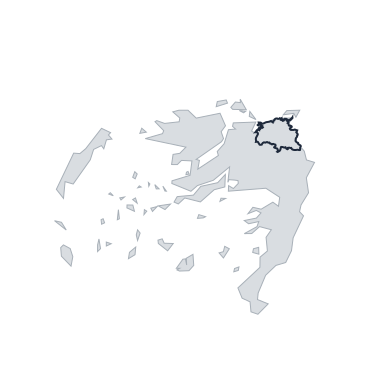 Ipeiros highlighted on a map of Greece, rotated 120°
{"feature_id": "GRC-2949", "entity_name": "Ipeiros", "entity_type": "Region", "adm_level": 1, "iso_a3": "GRC", "parent_name": "Greece", "parent_adm1": "", "projection": "natural_earth1", "projection_center": [20.643, 39.638], "detail": "fine", "context": "in_parent", "style": "outline", "palette": "slate", "viewbox_px": 384, "rotation_deg": 120, "n_neighbors": 0, "source": "natural_earth", "source_scale": "10m", "svg_char_len": 7380}
<svg xmlns="http://www.w3.org/2000/svg" viewBox="0 0 384 384"><g transform="rotate(120 192 192)"><path d="M250.8,70.1L264.9,73.8L266.3,81.0L258.1,86.8L258.9,95.5L252.1,104.3L223.3,95.5L214.4,100.5L205.4,97.2L194.2,105.2L185.0,104.4L188.2,116.2L198.1,119.5L201.9,125.9L189.5,118.4L184.2,119.4L191.2,127.1L190.6,132.5L182.4,123.2L175.6,121.8L175.8,127.1L182.8,132.7L174.8,131.6L172.3,123.5L160.4,116.9L161.1,110.0L152.7,113.4L151.8,129.9L173.1,160.9L168.2,163.5L168.3,157.9L161.4,156.2L159.1,157.9L160.4,161.1L162.8,166.1L165.7,165.8L151.4,172.0L171.2,179.4L183.7,190.5L191.9,193.3L194.7,213.7L192.3,214.9L178.5,202.0L165.1,207.6L169.9,216.9L175.6,218.4L178.4,223.4L168.9,227.2L164.6,221.9L156.2,219.7L169.1,259.2L156.2,246.7L153.0,247.2L149.6,259.2L147.8,258.2L146.3,250.0L137.6,238.2L134.0,239.6L132.2,248.7L127.7,244.2L123.2,236.3L125.9,225.3L109.8,207.1L117.9,196.1L125.2,196.9L130.0,191.4L133.7,191.6L161.7,204.7L160.9,201.4L169.3,198.4L147.2,187.4L144.3,190.4L134.1,188.3L119.8,191.6L115.7,185.7L114.9,189.7L111.5,190.8L99.5,171.7L109.4,170.9L109.6,166.1L99.8,166.9L86.0,155.4L77.4,141.7L84.5,142.8L88.4,138.3L86.4,132.0L96.3,127.0L100.5,115.2L107.0,108.9L105.1,100.7L122.5,100.1L134.4,90.7L148.7,91.1L155.3,89.0L156.9,83.5L181.1,81.5L193.1,76.5L206.2,75.6L213.6,82.6L227.3,86.6L246.4,84.2L252.4,81.5L250.8,70.1ZM189.6,292.2L198.7,290.0L197.1,293.6L204.3,298.5L215.0,296.2L244.5,298.9L246.5,307.1L261.8,300.1L257.5,310.8L217.5,313.9L214.8,308.3L207.6,305.7L182.1,302.2L181.3,292.2L184.4,292.9L186.2,287.8L189.6,292.2ZM171.2,166.1L178.9,173.9L196.4,179.8L200.8,195.3L209.2,197.9L209.7,202.5L203.4,202.5L194.0,189.2L182.7,187.2L171.1,174.4L160.1,171.9L171.2,166.1ZM261.7,155.3L266.7,163.3L267.0,166.1L264.2,164.5L265.9,167.4L254.8,166.3L253.2,164.3L257.9,160.1L252.2,163.8L245.5,160.0L254.7,153.8L261.7,155.3ZM305.8,277.9L302.1,276.9L301.9,269.2L307.6,262.9L316.7,259.7L312.9,273.0L305.8,277.9ZM253.4,195.4L250.7,197.4L247.5,194.4L250.3,190.5L246.0,182.5L255.1,183.7L253.4,195.4ZM93.6,186.1L100.1,198.1L99.3,200.7L92.4,199.4L90.4,194.8L87.5,196.7L93.6,186.1ZM79.6,151.6L74.1,150.6L67.3,139.6L75.3,139.4L73.0,143.2L79.6,151.6ZM233.4,131.8L231.2,138.1L228.0,135.0L222.7,136.5L222.5,131.3L233.4,131.8ZM274.8,210.0L281.5,213.7L275.5,216.0L267.8,213.2L274.8,210.0ZM214.0,109.2L210.4,110.4L206.6,106.6L212.4,103.0L214.0,109.2ZM97.3,205.7L106.0,213.7L101.0,215.3L95.2,208.4L97.3,205.7ZM238.3,240.4L235.7,241.8L232.9,236.7L237.5,232.2L238.3,240.4ZM220.7,206.6L220.9,214.3L213.2,204.6L220.7,206.6ZM287.8,281.9L285.6,296.7L283.5,289.9L287.8,281.9ZM97.9,180.2L93.3,182.2L97.3,172.8L97.9,180.2ZM167.3,266.5L161.9,267.4L163.0,261.5L167.3,266.5ZM279.2,249.1L286.8,242.9L290.8,244.0L285.0,247.3L279.2,249.1ZM252.0,220.2L253.5,216.4L261.2,214.9L257.0,218.8L252.0,220.2ZM229.1,233.9L228.2,239.6L225.4,238.0L229.1,233.9ZM228.6,216.5L226.6,219.6L222.0,214.9L228.6,216.5ZM212.1,174.1L208.2,174.8L206.6,167.9L208.8,169.3L212.1,174.1ZM240.2,115.9L237.0,116.9L233.4,113.9L236.8,112.7L240.2,115.9ZM209.0,247.8L208.9,250.7L203.0,251.7L203.8,248.5L209.0,247.8ZM253.4,242.8L244.1,246.9L251.5,241.5L253.4,242.8ZM204.7,215.9L201.5,220.2L204.1,214.6L204.7,215.9ZM235.6,222.3L231.1,224.4L231.2,221.6L235.6,222.3ZM265.1,254.2L261.4,256.9L259.6,255.6L262.4,252.3L265.1,254.2ZM281.6,239.2L278.2,241.2L277.2,236.1L281.6,239.2ZM207.2,224.5L204.2,227.9L205.7,222.1L207.2,224.5ZM97.6,186.9L97.8,191.7L95.3,185.9L97.6,186.9ZM234.4,249.5L233.2,251.6L230.1,248.0L234.4,249.5ZM186.2,163.1L182.9,163.8L180.8,159.7L186.2,163.1ZM180.0,205.9L177.6,206.7L176.2,205.7L178.0,203.5L180.0,205.9ZM208.6,232.3L205.6,234.5L206.1,232.5L208.6,232.3ZM234.6,258.3L235.4,263.1L233.5,262.4L234.6,258.3ZM215.5,241.1L213.0,240.7L213.1,238.5L215.5,241.1Z" fill="#d9dde1" stroke="#a8b0b8" stroke-width="1"/><path d="M93.3,128.9L94.0,128.8L95.1,128.3L95.8,128.0L96.0,127.9L96.1,127.6L96.6,126.4L96.5,125.6L96.5,125.4L96.4,125.0L96.4,124.8L96.5,124.6L96.9,124.5L97.1,124.4L97.4,123.5L97.4,122.8L97.4,122.1L97.5,121.2L97.7,120.9L98.0,120.7L98.3,120.5L98.6,120.3L98.6,120.1L98.7,120.3L99.1,120.5L99.6,120.5L100.2,120.2L100.6,119.8L101.6,119.5L102.1,120.1L102.6,121.7L103.8,123.2L104.6,124.7L105.0,126.3L104.9,126.8L104.2,128.1L104.6,128.5L105.0,130.0L105.8,131.0L106.9,130.5L107.3,130.8L107.3,131.9L106.5,133.4L107.4,134.2L107.8,136.2L108.4,137.3L108.8,137.4L109.9,137.0L111.5,136.6L112.6,136.7L114.5,137.8L114.5,138.3L113.7,138.0L113.1,138.3L112.9,138.7L112.3,139.0L112.0,139.6L111.8,140.0L112.3,142.2L112.3,143.1L111.8,143.2L111.4,142.8L110.2,142.7L109.7,143.1L109.3,143.5L109.6,144.6L109.7,145.6L110.1,146.2L110.6,146.3L110.9,146.9L110.7,147.8L111.0,148.8L110.6,149.3L110.5,149.8L111.0,150.3L111.2,150.9L111.1,151.5L111.3,152.1L112.6,153.2L113.0,154.5L114.1,155.2L115.6,155.4L116.1,155.3L116.8,156.1L117.2,157.1L115.7,160.0L115.8,160.6L116.6,161.7L115.9,161.9L114.4,163.1L113.3,163.6L112.8,163.7L109.2,163.8L108.6,164.0L108.1,164.4L107.8,165.4L107.9,165.8L107.7,165.8L107.2,166.4L107.8,166.9L106.2,166.7L106.2,166.4L105.9,166.3L105.6,166.1L105.3,165.9L105.2,165.8L104.8,166.0L104.5,165.8L104.4,165.5L104.3,165.2L104.7,164.9L104.7,164.7L104.2,164.9L103.9,164.9L103.5,164.7L103.3,164.4L103.1,164.4L102.9,164.8L102.4,165.1L102.3,165.3L102.4,165.6L102.8,165.7L102.9,165.9L101.7,165.9L102.1,165.7L102.1,165.4L102.1,165.1L102.0,164.8L101.7,164.9L101.7,164.7L101.7,164.4L101.3,164.4L101.2,164.5L101.5,163.9L101.4,163.3L101.0,163.1L100.7,163.4L100.5,163.2L100.4,163.4L100.3,163.6L100.0,163.8L99.7,163.9L99.7,164.2L100.2,164.3L100.0,164.6L100.0,165.0L99.9,165.4L99.7,165.7L99.5,165.8L99.3,166.0L99.2,166.4L98.8,166.1L98.8,166.5L99.2,166.7L100.5,167.7L101.1,168.0L101.3,168.5L101.2,168.6L100.5,168.3L99.6,168.0L99.4,168.0L99.2,168.1L99.2,168.3L98.9,168.7L98.5,169.0L98.4,168.7L98.3,168.4L98.1,168.1L97.9,168.0L97.8,167.8L97.7,167.5L97.7,167.4L97.6,167.0L97.8,166.9L98.0,166.7L97.7,165.4L97.1,164.6L96.4,164.0L95.4,163.4L94.5,162.7L92.3,160.0L91.4,159.4L91.1,159.1L91.3,158.8L91.1,158.4L91.0,158.0L91.1,157.6L91.3,157.3L91.3,157.0L90.9,157.2L90.6,157.2L90.4,157.1L90.3,156.8L89.8,157.0L89.4,157.0L89.0,156.8L88.7,156.5L87.9,156.8L86.7,156.3L85.8,155.2L85.7,154.1L85.4,153.7L85.1,153.3L84.8,152.9L84.2,152.8L84.2,152.6L84.4,152.6L84.4,152.4L84.1,152.1L83.8,151.5L83.6,151.4L84.1,151.2L84.7,151.2L85.1,151.1L85.0,150.6L84.7,150.3L83.6,149.6L83.6,149.4L84.1,149.4L84.4,149.5L84.7,149.5L85.0,149.1L85.0,148.9L84.7,148.7L84.2,148.5L83.8,148.4L83.8,148.9L83.5,148.7L83.2,148.5L82.9,148.4L83.2,148.1L82.7,148.0L82.2,148.0L81.7,148.0L81.2,148.1L81.5,147.9L81.6,147.5L81.6,147.1L81.6,146.7L81.8,146.9L82.0,146.9L82.2,146.7L82.4,146.4L82.4,145.9L82.4,145.7L82.5,145.7L82.8,145.5L82.6,144.7L82.1,144.4L81.7,144.3L81.4,144.1L81.3,143.9L80.9,143.6L80.7,143.5L80.4,143.4L80.2,143.2L78.7,142.7L78.0,142.5L77.7,142.3L77.4,142.3L77.9,142.0L78.8,142.3L80.0,142.6L81.3,143.3L82.1,144.0L82.7,144.3L83.1,144.2L83.2,143.7L83.3,143.4L83.5,143.2L84.0,143.1L84.5,143.4L84.6,142.6L85.0,142.2L85.5,141.9L85.9,141.4L86.0,141.0L85.9,140.8L85.8,140.7L85.7,140.3L85.6,140.2L85.4,140.0L85.3,139.9L85.5,139.3L85.6,139.1L85.5,138.9L85.3,138.7L85.5,138.3L85.7,138.2L86.0,138.2L87.1,138.6L87.6,138.9L88.1,139.0L88.6,138.5L88.8,137.8L88.7,137.2L87.4,135.0L86.7,134.4L86.5,134.2L86.1,132.0L86.0,131.7L86.3,131.6L87.8,131.6L88.2,131.5L88.4,130.8L88.6,130.2L88.9,129.6L89.3,129.2L89.8,129.0L90.8,129.1L91.2,128.8L91.8,128.7L93.3,128.9Z" fill="none" stroke="#1e293b" stroke-width="2"/></g></svg>